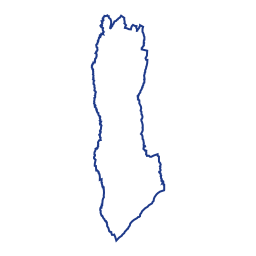 outline of Gianyar, Bali, Indonesia
{"feature_id": "22746128B44616450347238", "entity_name": "Gianyar", "entity_type": "district", "adm_level": 2, "iso_a3": "IDN", "parent_name": "Indonesia", "parent_adm1": "Bali", "projection": "equal_earth", "projection_center": [115.288, -8.482], "detail": "fine", "context": "isolated", "style": "outline", "palette": "blue", "viewbox_px": 256, "rotation_deg": 0, "n_neighbors": 0, "source": "geoboundaries", "source_scale": "gbopen_adm2", "svg_char_len": 5734}
<svg xmlns="http://www.w3.org/2000/svg" viewBox="0 0 256 256"><path d="M100.2,209.2L100.3,210.4L100.7,210.8L100.6,212.8L101.4,215.3L101.7,215.8L102.3,215.8L103.5,218.4L104.5,219.3L104.6,219.9L104.9,220.5L105.3,221.0L105.9,221.0L106.3,222.2L106.9,222.4L106.8,223.4L107.2,224.6L107.1,226.0L108.5,228.2L109.2,231.2L109.9,231.8L110.5,231.7L111.3,232.1L111.3,232.9L112.0,234.9L113.6,234.9L114.2,234.6L115.2,236.9L116.3,240.6L119.2,237.5L121.8,235.7L122.3,234.7L124.2,233.1L124.9,231.6L126.4,230.2L126.8,229.4L128.1,228.6L128.3,227.6L129.8,225.6L130.2,223.6L132.0,221.5L134.1,219.8L137.1,218.1L138.0,217.1L139.0,217.0L140.0,216.2L140.1,214.6L140.5,213.8L141.1,213.3L142.1,211.2L145.3,208.1L147.6,206.8L148.8,205.3L152.0,203.4L152.7,201.8L153.6,201.0L153.9,198.8L154.6,197.1L156.5,194.4L158.0,193.0L160.1,191.6L164.1,190.3L164.2,189.5L164.2,184.6L163.9,184.4L163.7,184.9L163.4,184.6L163.3,182.5L162.5,183.0L162.9,182.1L162.8,181.4L162.3,181.6L161.6,181.2L161.3,181.6L161.5,180.3L162.0,180.2L161.8,179.7L161.5,179.7L161.6,178.8L161.1,178.4L161.0,176.7L160.7,176.4L161.1,175.8L160.8,175.6L160.9,175.0L160.5,173.9L160.6,173.5L160.1,173.3L160.0,172.9L159.4,172.6L159.1,172.0L159.2,171.7L159.9,171.6L160.6,170.3L160.6,169.8L160.0,168.8L160.4,167.5L159.9,166.5L160.3,166.2L160.2,165.9L160.7,164.7L160.2,163.1L159.6,162.7L159.4,162.1L159.0,161.7L158.9,156.5L157.7,155.8L157.6,154.2L153.8,155.5L151.2,156.8L149.9,156.7L148.9,155.7L147.0,155.9L146.8,155.1L146.1,154.5L146.0,154.0L146.4,153.0L146.1,152.2L146.3,150.7L145.3,150.4L144.8,150.5L144.4,149.7L143.4,148.9L143.7,147.1L145.1,146.5L144.8,145.7L143.7,145.5L143.6,144.2L143.9,143.4L143.2,139.6L142.6,139.1L142.5,136.3L142.1,135.1L141.0,134.0L141.3,133.7L141.7,132.5L142.3,131.6L142.8,129.9L142.6,128.4L142.8,128.0L142.5,127.5L142.7,126.8L142.7,125.0L142.0,122.1L141.4,120.9L141.3,119.4L142.1,118.6L142.5,116.9L142.1,115.0L141.5,114.5L141.4,111.6L140.6,110.7L141.2,108.2L140.9,106.5L139.2,103.1L139.4,102.2L139.3,100.3L138.0,99.6L138.3,98.9L137.8,97.9L138.1,97.3L137.7,96.6L137.6,95.9L138.0,95.5L138.3,96.0L138.5,95.7L139.1,93.8L140.3,92.5L140.4,91.1L141.6,89.3L142.1,87.5L142.5,87.4L142.5,86.3L143.2,85.3L143.5,83.4L144.3,82.7L144.4,80.4L144.1,79.4L144.6,79.1L144.1,75.5L144.7,73.7L144.7,72.7L145.3,71.9L145.1,71.2L145.3,69.9L145.8,69.0L146.2,67.6L146.2,66.7L146.6,66.0L147.2,63.1L147.4,59.9L146.2,59.9L145.5,58.2L146.9,55.7L147.2,50.7L141.7,49.4L141.7,48.1L142.1,47.9L142.9,46.4L143.3,46.3L144.0,45.1L143.7,44.6L143.7,43.2L144.1,43.2L144.2,42.9L143.8,42.4L143.8,41.3L143.9,40.2L144.4,39.9L144.4,36.8L143.8,35.7L143.8,34.9L143.1,32.8L142.5,31.9L142.5,28.9L143.1,26.8L140.1,25.2L140.1,26.0L139.4,26.9L139.2,27.8L138.3,29.0L137.7,29.4L137.3,30.7L136.9,30.8L137.0,29.0L136.2,27.6L136.5,26.1L134.7,25.9L133.0,24.9L131.9,26.1L131.3,27.4L130.9,29.4L128.9,29.2L126.4,28.1L124.9,27.9L125.2,26.7L126.1,25.2L124.4,23.3L124.7,23.0L124.7,21.9L124.2,19.3L124.3,17.9L121.1,15.7L119.9,17.6L118.3,18.5L117.7,19.5L117.0,19.7L116.1,20.9L114.5,21.4L113.5,23.8L112.5,25.0L112.3,26.0L111.6,26.6L111.1,27.8L110.5,28.3L110.2,28.2L110.2,27.4L111.0,24.6L111.2,22.7L111.1,21.1L110.5,19.1L109.1,18.0L108.5,16.5L108.6,16.3L107.9,16.2L107.4,15.4L105.9,16.1L104.6,15.9L104.6,16.3L103.6,17.0L103.4,18.0L102.8,18.2L102.6,19.0L103.5,20.1L102.8,21.0L101.6,21.1L102.0,22.5L102.4,22.8L102.4,23.4L101.7,24.3L101.9,25.0L101.0,25.0L100.4,25.8L101.3,27.1L102.2,27.1L102.4,27.5L103.1,28.0L103.1,28.3L102.6,28.8L102.7,29.2L102.9,30.6L103.3,31.1L103.4,31.8L103.7,32.0L103.0,32.7L103.1,33.5L102.9,33.8L103.1,34.2L102.5,34.0L101.8,34.4L101.7,33.8L101.3,33.7L100.9,35.2L100.5,34.9L99.8,35.2L99.8,35.6L100.1,35.7L100.2,37.1L99.4,37.1L98.9,37.8L99.0,38.6L98.4,39.6L98.4,40.5L97.8,40.9L97.8,41.2L98.2,41.5L98.0,42.1L97.4,43.0L97.4,43.8L96.8,44.1L96.2,45.0L96.6,47.2L97.3,47.6L97.3,49.2L97.5,49.7L97.2,50.8L96.4,51.3L95.7,52.8L96.3,52.7L96.3,54.1L96.7,54.7L96.5,55.4L96.7,56.0L96.3,56.8L96.2,57.7L95.1,58.9L95.2,59.4L94.8,60.4L95.1,61.1L94.8,62.5L93.4,62.4L93.2,63.7L92.7,63.8L91.9,65.4L92.2,65.8L91.8,66.7L91.8,67.6L92.4,68.3L92.4,69.2L92.6,69.5L93.1,69.5L93.2,69.8L93.0,71.1L93.3,71.8L93.1,72.6L93.3,73.5L92.9,74.4L93.5,75.3L93.2,77.6L93.6,78.1L93.0,79.2L93.6,79.7L93.6,80.3L94.1,80.8L93.7,81.2L93.5,83.8L93.6,84.2L94.1,84.4L94.5,85.8L94.3,87.1L94.8,88.0L94.4,90.5L95.7,91.6L95.8,92.6L95.3,93.1L95.3,94.9L94.8,95.5L95.2,96.3L95.2,97.1L94.9,97.8L94.3,98.0L94.5,99.6L94.1,101.5L94.4,102.5L94.0,103.3L94.4,103.9L94.7,105.6L94.9,105.6L95.0,104.8L95.5,105.5L95.5,105.8L94.9,106.3L94.8,106.9L96.4,108.4L96.2,109.7L96.9,110.0L96.8,111.2L97.2,111.7L97.3,112.5L98.4,113.1L98.3,114.1L98.7,115.3L99.3,116.0L99.8,116.1L100.3,117.0L99.7,117.9L100.4,119.6L99.7,120.6L100.2,121.2L101.2,121.5L101.1,121.8L100.3,121.9L100.5,123.0L99.9,123.3L99.9,123.9L100.1,124.5L100.7,124.3L101.5,125.5L101.1,126.8L100.9,129.2L99.9,130.9L100.1,131.8L100.6,131.2L100.8,132.0L100.1,133.8L99.2,134.6L99.3,135.1L99.9,135.4L100.0,137.4L100.6,137.6L100.4,139.3L100.7,140.0L99.2,140.3L98.0,142.3L98.1,143.8L98.3,144.0L97.9,145.3L98.3,146.1L97.7,146.9L97.7,147.8L97.1,148.6L96.5,148.2L95.7,148.7L96.0,149.1L95.5,149.8L95.1,151.2L94.5,152.2L94.4,154.5L95.0,154.9L95.0,155.7L94.0,157.1L94.1,158.5L94.7,158.8L94.9,159.3L95.6,159.8L94.8,163.7L94.7,165.8L95.5,166.3L95.9,166.2L96.2,170.2L96.6,170.2L96.6,170.6L97.3,170.5L98.2,171.4L98.4,172.4L98.7,172.3L99.1,173.9L99.5,174.2L99.9,177.3L99.8,179.9L101.6,179.2L101.5,182.1L101.9,182.7L101.6,183.0L102.2,184.9L102.3,186.2L102.6,187.0L102.9,186.9L102.9,187.4L103.7,187.4L103.6,189.0L103.8,189.1L104.0,192.8L103.7,195.9L103.9,197.2L103.1,198.5L102.6,200.2L102.5,201.6L102.2,204.6L101.9,204.6L102.0,205.0L101.8,205.0L101.7,206.3L101.3,206.2L101.1,206.6L101.3,207.8L100.5,207.9L100.2,209.2Z" fill="none" stroke="#1e3a8a" stroke-width="2"/></svg>